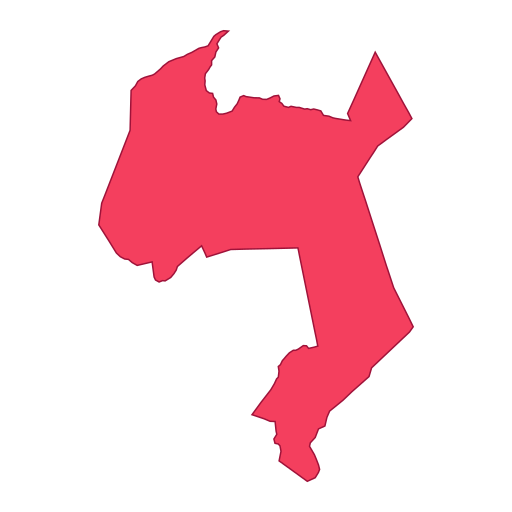 Pesqueira, Pernambuco, Brazil (Natural Earth projection)
{"feature_id": "56859067B17199071441830", "entity_name": "Pesqueira", "entity_type": "district", "adm_level": 2, "iso_a3": "BRA", "parent_name": "Brazil", "parent_adm1": "Pernambuco", "projection": "natural_earth1", "projection_center": [-36.75, -8.43], "detail": "fine", "context": "isolated", "style": "filled", "palette": "rose", "viewbox_px": 512, "rotation_deg": 0, "n_neighbors": 0, "source": "geoboundaries", "source_scale": "gbopen_adm2", "svg_char_len": 2459}
<svg xmlns="http://www.w3.org/2000/svg" viewBox="0 0 512 512"><path d="M131.1,90.4L130.1,130.3L118.1,161.2L104.6,195.9L101.7,203.2L98.8,224.9L109.5,241.8L116.4,253.0L120.3,256.7L124.7,259.0L128.5,259.4L132.2,262.6L137.2,265.4L152.1,261.9L154.1,277.0L155.5,280.0L159.1,282.0L162.6,280.6L165.1,280.9L170.7,277.5L173.9,273.7L176.2,270.1L177.4,266.5L187.0,258.1L193.5,252.6L201.6,245.8L204.8,252.7L206.7,257.1L223.0,252.0L230.7,249.5L244.7,249.1L268.9,248.6L281.5,248.3L297.9,247.9L298.6,251.0L299.4,255.2L315.1,332.6L316.3,338.3L317.8,346.1L314.4,347.1L308.6,348.4L306.5,345.8L303.3,345.6L298.3,349.1L295.8,350.3L293.3,350.3L289.4,352.8L286.2,356.2L284.1,358.7L282.4,360.6L280.4,364.7L278.3,366.5L279.0,371.2L278.3,377.2L276.6,378.9L274.4,383.7L270.8,389.8L261.0,402.4L252.0,414.7L255.3,415.8L264.2,418.8L270.1,421.3L275.1,421.5L276.1,431.2L276.8,434.3L273.9,439.0L275.0,443.3L278.3,444.0L280.0,445.9L281.0,451.3L279.1,460.9L307.3,481.3L315.2,477.7L318.4,472.5L319.6,469.4L318.5,464.9L316.4,459.5L314.4,454.7L309.5,446.3L310.3,442.8L315.2,437.5L318.5,428.9L324.9,426.0L326.9,417.4L329.6,411.1L342.9,400.3L352.0,391.6L369.0,376.6L371.6,367.8L409.5,332.0L413.2,326.8L408.9,318.0L393.7,287.8L388.0,270.5L386.5,266.1L379.7,244.7L371.9,220.6L365.5,200.7L363.6,195.0L359.7,183.1L357.8,176.8L370.7,156.8L373.5,152.6L377.7,146.0L386.5,139.5L403.5,127.2L411.9,118.6L408.7,112.6L403.4,103.2L398.7,94.6L375.2,52.2L358.1,90.3L353.8,99.9L347.6,113.5L350.6,120.6L345.9,120.1L335.4,118.4L332.8,117.8L329.0,116.2L323.5,115.4L320.8,110.9L317.4,109.9L313.7,109.0L310.7,109.7L307.2,108.7L304.7,109.1L299.2,107.4L296.3,107.4L291.0,106.3L288.5,107.4L283.9,106.2L281.8,103.4L279.2,101.6L280.0,98.8L278.5,95.4L273.9,96.0L270.4,97.8L266.7,99.4L262.6,99.3L259.4,97.9L254.2,97.8L246.0,96.6L243.7,95.6L240.1,97.1L238.9,100.1L237.2,103.8L234.5,107.2L232.1,111.1L226.6,113.2L222.7,114.1L218.9,114.1L216.4,111.8L215.8,109.0L216.8,104.0L215.9,100.0L213.5,97.1L212.6,93.4L209.4,93.0L206.3,90.6L204.8,84.9L205.1,80.9L204.7,78.0L205.4,73.7L208.7,69.4L210.1,66.9L211.6,64.9L211.6,60.6L214.8,57.0L215.9,52.0L218.6,47.9L216.9,43.8L219.6,39.4L221.1,37.1L223.8,35.3L228.4,31.1L226.0,30.9L223.6,30.7L220.6,31.7L215.9,34.6L213.9,36.3L208.1,45.8L204.7,47.0L201.5,47.6L198.9,48.3L191.8,52.4L187.4,54.3L183.8,56.5L176.3,58.6L168.8,61.7L163.2,66.0L160.5,68.9L154.6,74.0L152.3,75.2L148.9,76.1L144.9,77.3L141.2,78.9L137.8,81.5L135.4,85.9L131.1,90.4Z" fill="#f43f5e" stroke="#9f1239" stroke-width="1.5"/></svg>